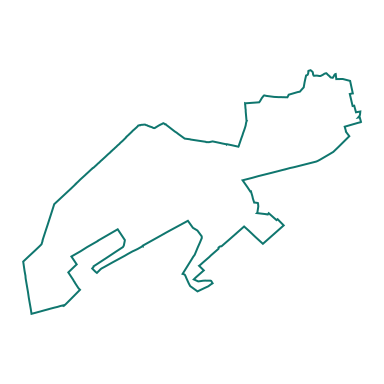 outline of Uivar, Timis, Romania
{"feature_id": "2599482B52111075494125", "entity_name": "Uivar", "entity_type": "district", "adm_level": 2, "iso_a3": "ROU", "parent_name": "Romania", "parent_adm1": "Timis", "projection": "equal_earth", "projection_center": [20.887, 45.653], "detail": "fine", "context": "isolated", "style": "outline", "palette": "teal", "viewbox_px": 384, "rotation_deg": 0, "n_neighbors": 0, "source": "geoboundaries", "source_scale": "gbopen_adm2", "svg_char_len": 5704}
<svg xmlns="http://www.w3.org/2000/svg" viewBox="0 0 384 384"><path d="M212.6,283.3L211.3,281.1L211.1,280.9L210.6,280.7L207.1,280.7L205.3,280.6L203.4,280.7L202.5,280.8L199.9,281.2L198.2,281.4L193.8,279.4L195.3,277.9L196.4,276.9L203.8,270.4L199.1,265.8L199.7,265.4L203.3,262.2L209.2,257.1L210.1,256.2L210.8,255.5L218.5,248.8L218.6,248.6L218.6,248.4L218.5,247.6L218.7,247.4L220.3,246.3L221.1,246.3L221.4,246.3L221.6,246.2L226.9,241.6L228.2,240.5L244.1,226.5L248.7,230.6L255.1,236.7L262.9,243.8L283.7,225.4L277.6,219.2L276.5,220.1L268.7,213.2L267.8,214.5L266.4,214.3L266.4,214.2L257.0,213.1L257.2,212.9L257.4,212.4L258.3,206.4L258.0,203.2L258.6,203.1L255.2,202.6L254.2,202.6L252.9,198.6L252.4,196.3L250.9,191.3L250.3,191.5L247.4,187.1L242.6,180.3L252.4,177.8L258.4,176.1L271.3,172.9L287.2,168.8L290.1,168.0L293.1,167.4L295.2,166.9L316.1,161.6L317.6,161.0L320.2,159.6L329.1,154.4L333.3,151.9L338.4,147.0L349.3,136.2L345.9,131.7L346.0,131.3L344.7,126.7L354.4,123.9L358.2,122.8L360.7,122.2L361.0,122.0L359.7,117.2L358.2,117.5L359.6,115.8L359.9,115.0L360.1,113.6L360.3,111.5L356.0,112.3L354.2,105.7L352.6,106.0L349.8,94.0L352.0,93.5L352.8,93.4L350.1,80.9L342.8,79.0L341.7,79.0L336.3,79.1L335.7,74.0L335.3,74.1L334.9,74.4L334.6,74.7L334.2,75.3L333.9,76.0L333.7,76.4L333.5,76.6L333.4,76.7L333.0,77.6L332.8,77.7L332.4,77.8L332.1,77.7L330.8,77.5L330.4,77.2L330.0,76.8L329.9,76.5L329.2,76.0L329.1,75.8L328.9,75.6L328.2,75.1L327.9,74.8L327.7,74.6L327.1,74.0L327.0,73.8L326.8,73.6L326.2,73.2L324.9,73.6L324.5,73.7L322.7,74.9L320.9,75.8L320.4,76.0L319.9,76.0L319.3,76.0L317.7,75.7L316.3,75.6L314.8,75.7L314.0,75.8L313.6,75.6L313.5,75.4L313.4,75.1L313.3,74.8L313.1,74.5L313.0,73.9L313.0,73.5L312.8,72.5L312.7,72.1L312.2,71.6L311.7,71.1L311.3,70.8L310.6,70.2L308.6,70.8L308.4,70.9L308.3,71.2L308.3,72.4L308.2,73.3L307.9,74.2L307.6,74.8L307.1,75.1L306.1,75.5L305.4,78.5L304.6,82.2L303.7,87.4L302.3,88.9L301.6,89.7L301.2,90.1L300.3,91.2L300.1,91.5L299.7,91.7L297.6,92.1L292.5,93.6L288.7,94.7L288.2,95.8L287.4,97.3L279.3,97.1L278.0,97.1L274.1,96.9L266.4,95.9L264.2,95.4L263.7,95.7L261.8,98.1L260.2,100.9L259.2,102.3L255.1,102.6L248.2,103.1L245.4,103.3L245.1,103.2L245.1,103.7L245.2,104.2L245.1,104.8L245.2,105.0L245.3,105.5L245.4,107.6L245.5,108.4L245.5,108.8L245.6,109.2L245.7,110.0L245.7,111.5L246.5,120.6L246.8,120.8L246.6,121.1L246.3,122.0L246.2,122.4L246.0,123.3L245.8,124.5L245.8,124.8L245.5,126.0L245.4,126.4L245.1,127.3L245.0,127.7L244.5,129.2L244.1,130.4L244.0,130.7L243.8,131.2L243.1,133.1L242.4,135.4L241.4,138.1L240.0,142.2L239.1,144.8L238.8,145.9L238.7,146.0L238.4,146.7L231.7,145.2L228.3,144.5L226.9,144.2L226.6,144.5L226.5,144.3L222.4,143.5L220.2,143.0L212.6,141.4L208.9,142.2L207.7,142.1L206.2,142.1L205.7,141.8L191.1,139.6L190.5,139.5L190.1,139.3L184.7,138.6L178.2,133.9L176.7,132.7L174.8,131.5L168.5,126.6L166.0,124.7L165.9,124.6L165.8,124.4L165.7,124.2L165.0,124.1L164.8,124.2L163.7,123.3L163.3,123.2L162.3,123.7L161.8,124.1L161.1,124.3L160.8,124.5L160.4,124.6L159.9,125.0L159.5,125.1L158.7,125.6L158.0,126.0L156.4,127.0L155.5,127.5L155.4,127.7L154.4,128.1L153.5,128.0L152.8,127.7L152.7,127.6L152.4,127.4L151.0,126.9L150.7,126.8L150.5,126.7L150.1,126.7L149.6,126.4L149.2,126.3L148.8,126.1L147.3,125.6L147.5,125.6L147.3,125.4L146.8,125.3L146.5,125.2L146.0,125.1L145.7,124.9L145.4,124.7L144.5,124.6L143.2,124.7L142.6,124.8L141.6,124.8L140.7,125.0L140.1,125.2L139.9,125.1L139.7,125.2L139.7,125.3L139.2,125.3L138.8,125.4L138.4,125.6L138.2,125.6L137.4,126.6L136.7,127.2L136.5,127.5L135.5,128.3L135.0,128.8L133.3,130.3L133.1,130.5L132.8,130.6L132.7,130.7L132.5,131.0L131.7,131.9L131.4,132.2L131.1,132.4L131.0,132.6L130.8,132.7L130.3,133.2L130.2,133.3L130.1,133.5L129.4,134.0L128.7,134.8L127.4,135.9L127.2,136.1L126.9,136.4L126.2,137.0L126.2,137.3L122.7,140.8L122.1,141.3L121.9,141.5L121.7,141.7L121.2,142.1L120.9,142.4L120.6,142.6L120.0,143.2L119.9,143.4L119.6,143.7L119.1,144.2L118.7,144.5L117.1,145.9L116.6,146.5L115.1,147.8L114.0,148.9L112.9,149.8L111.9,150.8L111.5,151.0L111.4,151.3L110.8,151.8L110.5,152.0L110.3,152.4L109.2,153.3L108.6,153.8L107.6,154.7L105.4,156.8L103.1,158.9L102.5,159.4L102.3,159.7L101.5,160.3L101.3,160.5L100.5,161.2L100.4,161.4L99.4,162.3L98.6,163.1L98.1,163.4L96.6,164.9L96.3,165.1L96.1,165.4L95.7,165.7L94.8,166.5L94.5,166.8L94.0,167.3L93.8,167.4L93.3,167.9L93.0,167.9L92.4,168.3L92.2,168.6L92.1,168.8L91.7,169.0L88.1,172.4L87.4,173.0L86.7,173.7L86.5,173.8L85.4,174.9L80.2,179.6L78.0,181.8L75.9,183.7L76.0,183.8L71.4,188.2L54.2,204.2L54.0,204.9L51.8,211.8L47.5,225.2L46.0,229.7L43.3,238.0L42.5,240.5L42.6,240.8L41.5,244.3L39.6,246.2L35.5,250.1L28.5,256.6L23.2,261.6L24.6,271.2L25.5,276.1L25.5,277.0L25.7,278.8L28.0,292.2L28.8,297.8L30.8,309.2L31.5,313.8L35.4,312.8L50.3,308.7L54.5,307.6L57.5,306.9L60.4,306.0L62.9,305.4L63.1,305.7L63.8,305.3L64.0,305.7L64.6,305.2L65.6,304.3L69.6,300.3L80.0,289.8L78.4,288.1L74.8,282.6L74.8,282.4L74.7,282.2L74.2,281.6L73.7,280.8L73.2,279.8L68.3,272.4L73.6,267.3L76.7,264.4L71.4,256.5L80.5,251.3L87.1,247.1L97.8,241.0L97.8,240.8L117.7,229.3L124.4,239.4L124.8,239.9L124.8,240.7L123.8,245.6L122.9,247.1L118.6,249.9L115.4,252.0L105.0,258.9L104.5,259.2L95.8,264.9L93.6,266.3L93.6,266.8L92.2,268.5L92.5,268.8L95.5,271.8L96.9,272.9L100.6,269.2L101.5,268.5L104.3,267.0L112.7,262.3L124.9,255.7L127.6,254.1L132.3,251.5L132.9,251.2L134.7,250.4L137.6,249.0L142.4,246.3L142.8,246.4L142.7,245.7L157.6,237.4L166.3,232.5L169.6,230.7L187.9,220.8L192.9,227.8L197.4,230.5L201.7,236.3L201.8,238.0L199.9,242.6L197.8,247.3L194.7,254.8L193.2,256.8L192.0,258.8L182.6,273.9L184.5,274.5L184.9,274.9L185.7,276.5L186.2,277.8L188.8,283.5L190.2,286.1L197.5,291.4L204.6,288.0L208.3,286.3L210.2,284.9L210.7,284.5L212.6,283.3Z" fill="none" stroke="#0f766e" stroke-width="2"/></svg>